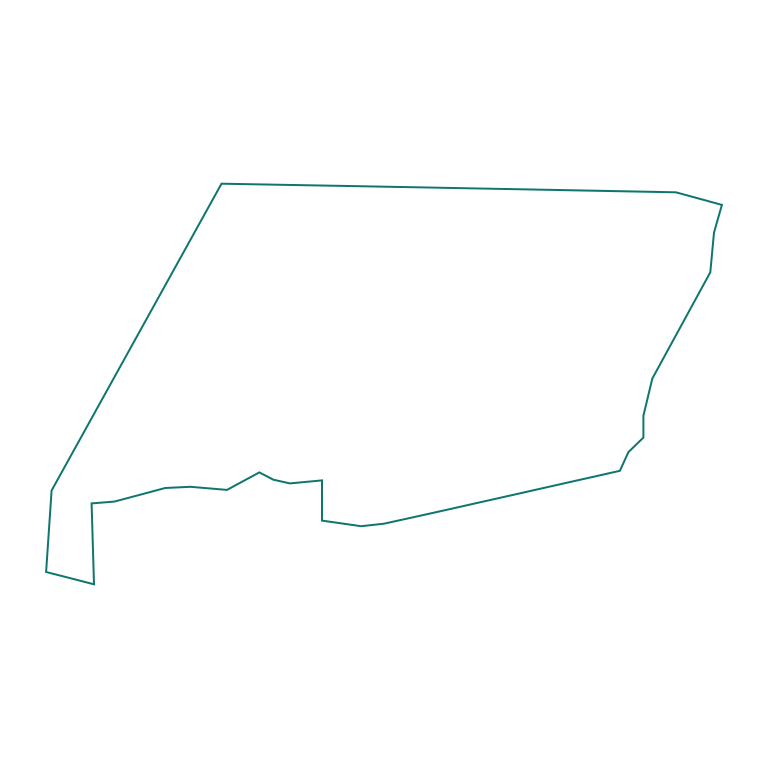 outline of Pilões, Rio Grande do Norte, Brazil
{"feature_id": "56859067B62972764518886", "entity_name": "Pilões", "entity_type": "district", "adm_level": 2, "iso_a3": "BRA", "parent_name": "Brazil", "parent_adm1": "Rio Grande do Norte", "projection": "mercator", "projection_center": [-38.028, -6.293], "detail": "fine", "context": "isolated", "style": "outline", "palette": "teal", "viewbox_px": 768, "rotation_deg": 0, "n_neighbors": 0, "source": "geoboundaries", "source_scale": "gbopen_adm2", "svg_char_len": 471}
<svg xmlns="http://www.w3.org/2000/svg" viewBox="0 0 768 768"><path d="M721.9,204.9L675.8,192.3L358.9,186.2L221.5,183.7L51.6,490.5L46.1,572.0L94.0,584.3L91.6,503.4L114.2,501.6L165.2,488.0L190.3,486.8L227.0,489.9L259.3,472.4L273.4,479.7L289.9,483.4L322.0,480.4L322.0,520.6L361.1,526.2L384.0,523.7L443.6,510.5L581.7,479.4L619.9,470.8L628.4,452.1L643.4,437.6L643.4,415.8L652.3,378.6L710.3,272.3L714.0,232.6L721.9,204.9Z" fill="none" stroke="#0f766e" stroke-width="2"/></svg>